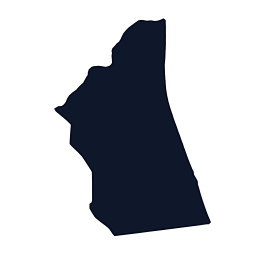 São João da Barra, Rio de Janeiro, Brazil, rotated 353°
{"feature_id": "56859067B49763228552069", "entity_name": "São João da Barra", "entity_type": "district", "adm_level": 2, "iso_a3": "BRA", "parent_name": "Brazil", "parent_adm1": "Rio de Janeiro", "projection": "albers", "projection_center": [-41.074, -21.765], "detail": "fine", "context": "isolated", "style": "filled", "palette": "ink", "viewbox_px": 256, "rotation_deg": 353, "n_neighbors": 0, "source": "geoboundaries", "source_scale": "gbopen_adm2", "svg_char_len": 2125}
<svg xmlns="http://www.w3.org/2000/svg" viewBox="0 0 256 256"><g transform="rotate(353 128 128)"><path d="M198.0,231.4L196.9,227.4L196.0,224.3L195.2,221.1L194.6,218.4L194.0,215.8L193.3,212.3L192.8,210.0L192.3,207.5L191.8,204.8L191.1,200.7L190.8,198.4L189.8,192.4L190.0,189.3L187.1,182.4L187.1,179.3L186.0,176.4L185.3,173.6L184.5,170.7L183.7,167.7L182.9,164.5L182.2,161.3L181.7,159.2L181.2,156.6L180.5,154.0L179.9,150.7L179.0,147.1L178.5,144.9L178.1,142.8L177.5,140.2L176.8,137.5L176.4,135.5L175.8,132.6L175.0,129.3L174.4,126.7L173.9,124.5L173.5,122.5L173.2,120.4L172.6,117.9L172.1,115.3L171.5,112.3L171.1,109.3L170.6,106.4L170.4,103.6L170.1,100.4L170.0,97.7L169.9,95.4L169.9,92.9L170.0,90.6L170.1,88.3L170.3,86.1L170.3,83.6L170.5,81.0L170.6,78.9L170.8,76.5L171.1,73.2L171.4,70.0L172.0,66.8L172.6,64.2L173.0,61.9L173.4,59.6L173.8,56.8L174.4,53.7L174.8,51.1L175.2,48.5L175.5,45.5L175.9,43.0L176.3,39.5L176.6,36.9L176.9,34.3L177.3,31.3L177.5,28.6L177.8,25.8L176.3,24.3L174.2,25.1L170.8,25.8L168.3,25.9L166.3,25.5L164.4,24.8L162.4,24.6L159.9,24.6L156.2,23.5L154.1,23.1L151.7,23.1L148.6,24.8L144.6,27.0L141.3,28.9L138.6,31.0L135.6,33.8L133.7,36.6L132.0,39.4L129.9,42.0L127.6,43.2L126.0,44.8L124.3,46.2L122.7,47.5L121.8,49.6L122.0,51.6L121.2,54.5L121.1,58.0L120.8,61.7L119.0,63.7L117.1,64.8L113.3,65.4L109.5,64.2L106.2,63.4L101.4,63.2L99.4,63.7L96.7,65.7L95.6,68.3L95.2,70.7L93.6,72.5L89.5,78.2L84.8,81.5L81.6,84.4L77.3,86.7L74.3,88.8L72.1,91.3L70.0,95.0L67.8,97.3L64.9,98.9L61.6,98.6L58.0,100.2L59.0,102.4L60.5,104.0L62.0,105.5L63.3,107.0L65.2,108.9L68.7,112.8L72.3,117.3L72.2,119.4L71.7,121.4L71.0,124.8L70.2,128.9L69.2,134.5L68.9,136.6L70.6,139.0L73.1,142.1L76.0,145.6L79.4,150.3L81.3,154.0L83.4,158.3L86.6,164.9L87.5,167.2L87.3,169.7L86.7,174.9L86.3,178.9L86.0,181.0L84.9,190.3L84.6,193.0L84.3,195.7L83.2,198.1L81.2,199.1L80.7,203.0L81.7,205.5L82.5,207.4L84.7,211.9L85.9,213.5L87.5,215.1L89.8,217.5L93.3,220.8L95.9,223.4L97.4,225.1L99.1,228.3L100.4,230.9L101.7,232.9L127.3,232.9L135.0,232.8L151.0,232.8L163.3,232.7L186.3,232.6L194.4,232.4L196.4,232.6L198.0,231.4Z" fill="#0f172a" stroke="#020617" stroke-width="1.5"/></g></svg>